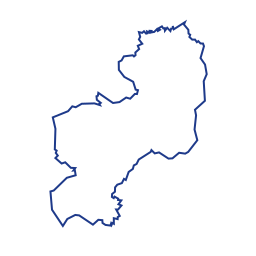 the district of Charoen Sin, Sakon Nakhon, Thailand, rotated 76°
{"feature_id": "78962969B64295862325828", "entity_name": "Charoen Sin", "entity_type": "district", "adm_level": 2, "iso_a3": "THA", "parent_name": "Thailand", "parent_adm1": "Sakon Nakhon", "projection": "albers", "projection_center": [103.51, 17.637], "detail": "medium", "context": "isolated", "style": "outline", "palette": "blue", "viewbox_px": 256, "rotation_deg": 76, "n_neighbors": 0, "source": "geoboundaries", "source_scale": "gbopen_adm2", "svg_char_len": 1832}
<svg xmlns="http://www.w3.org/2000/svg" viewBox="0 0 256 256"><g transform="rotate(76 128 128)"><path d="M37.6,94.2L42.5,94.1L44.7,96.0L49.7,93.8L50.6,98.6L54.1,98.1L56.5,102.6L59.2,103.1L60.0,104.9L58.6,105.8L57.5,114.7L60.9,117.9L61.6,121.0L69.4,122.8L77.6,119.2L84.4,111.8L92.6,111.3L93.7,109.2L97.2,111.1L96.6,113.1L100.1,118.8L98.0,122.4L100.8,130.0L100.1,136.5L86.7,148.3L89.4,149.4L89.6,150.9L93.1,151.4L97.0,148.4L97.6,150.1L99.0,149.7L96.0,154.6L93.3,167.0L95.2,173.7L93.5,176.8L97.2,182.1L99.5,198.4L111.2,198.6L131.1,204.2L132.7,202.7L134.7,204.1L137.8,202.8L139.6,205.7L146.4,201.0L146.1,197.2L152.8,193.1L154.1,188.9L156.0,191.2L156.1,189.8L161.2,190.2L161.5,199.4L170.7,215.2L170.8,218.6L188.9,221.5L207.3,214.9L201.6,208.9L199.6,200.2L201.0,196.5L213.3,185.4L209.9,179.0L211.2,175.2L214.0,175.7L216.6,173.3L218.4,168.7L216.7,167.6L218.1,167.4L216.4,166.1L217.5,164.9L212.1,163.6L213.9,160.1L211.9,159.5L211.3,157.3L204.2,159.2L204.7,157.4L201.6,153.1L199.7,155.7L196.6,152.0L195.4,155.1L194.2,154.6L191.3,157.7L192.6,158.8L191.0,160.3L188.2,159.4L186.7,156.1L182.5,154.9L180.4,152.1L180.0,147.3L176.4,144.2L177.9,142.7L170.8,138.0L168.9,133.2L165.7,131.4L165.0,128.4L161.2,125.2L156.7,111.8L155.1,110.6L159.1,108.2L159.2,103.8L167.5,96.1L168.2,92.2L164.4,84.4L166.7,78.7L165.8,75.4L156.6,63.7L145.6,63.8L132.2,58.9L126.5,58.6L120.2,46.8L100.9,43.2L94.8,38.6L85.1,37.9L77.7,40.7L67.0,34.5L64.2,34.8L63.5,37.2L60.7,38.8L61.4,40.4L58.4,41.6L57.8,44.3L54.5,46.4L52.6,45.1L51.0,46.4L47.3,45.7L41.1,48.7L39.1,47.2L43.3,59.7L39.8,59.9L42.3,60.2L42.0,62.1L44.2,63.4L40.2,65.7L42.5,68.6L40.0,68.2L40.0,69.6L37.6,70.5L38.8,74.7L40.4,73.3L41.1,75.6L39.1,76.0L41.1,79.3L40.9,82.4L39.5,81.7L38.9,83.6L40.6,84.2L39.0,86.1L40.8,86.2L40.8,87.6L38.0,89.1L39.1,91.2L37.6,94.2Z" fill="none" stroke="#1e3a8a" stroke-width="2"/></g></svg>